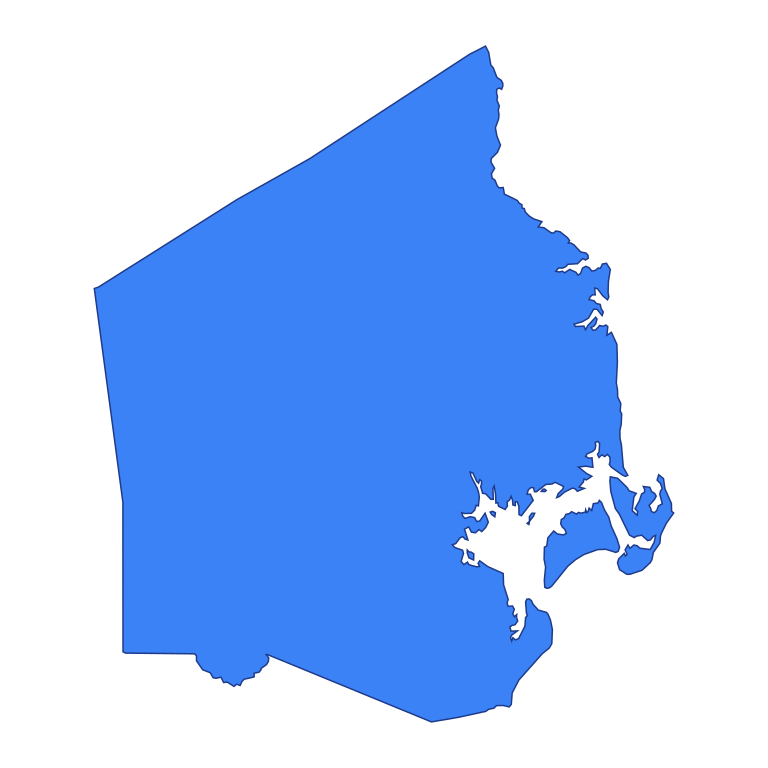 Lamu West, Coast, Kenya (Equal Earth projection)
{"feature_id": "3690345B28138832354018", "entity_name": "Lamu West", "entity_type": "district", "adm_level": 2, "iso_a3": "KEN", "parent_name": "Kenya", "parent_adm1": "Coast", "projection": "equal_earth", "projection_center": [40.664, -2.131], "detail": "fine", "context": "isolated", "style": "filled", "palette": "blue", "viewbox_px": 768, "rotation_deg": 0, "n_neighbors": 0, "source": "geoboundaries", "source_scale": "gbopen_adm2", "svg_char_len": 6123}
<svg xmlns="http://www.w3.org/2000/svg" viewBox="0 0 768 768"><path d="M485.9,711.3L488.6,709.3L493.9,708.2L496.6,705.6L503.5,705.5L509.2,706.9L511.3,704.4L512.2,692.9L518.9,680.0L542.3,653.7L549.2,648.1L551.8,643.7L552.4,629.5L550.4,619.9L548.0,614.2L546.4,612.3L538.3,610.1L533.1,604.3L531.4,600.6L529.2,598.9L526.8,599.2L525.6,601.8L526.4,612.8L527.3,615.7L525.6,617.5L524.9,626.2L518.6,638.6L515.4,639.9L512.9,637.7L511.7,641.0L510.5,637.7L511.6,635.2L517.4,630.9L511.0,631.1L509.9,627.0L512.2,625.3L515.0,624.8L517.7,621.0L516.5,617.2L516.7,614.6L514.4,616.8L512.8,613.7L514.3,609.2L512.5,606.0L508.1,606.3L507.1,602.9L508.2,599.5L503.6,584.8L503.2,573.5L487.8,566.6L479.7,560.8L478.1,563.3L479.6,566.4L476.9,566.8L471.5,565.5L468.7,564.4L467.5,562.1L463.9,564.6L461.1,561.4L463.5,553.5L462.6,550.2L454.8,547.5L452.3,544.7L455.7,543.6L460.2,537.7L462.9,536.7L465.1,539.1L467.9,540.0L464.5,529.1L468.7,526.9L471.4,532.1L475.4,532.8L479.0,529.6L481.7,531.6L485.7,527.5L488.3,522.2L485.1,513.2L479.7,521.0L476.6,521.5L474.7,517.6L470.2,516.7L465.1,518.4L462.9,516.4L461.8,512.7L464.4,513.5L471.5,513.3L474.6,510.2L476.2,505.3L478.4,505.9L479.3,497.1L478.6,492.5L477.2,488.1L470.9,475.9L470.2,472.0L473.0,473.2L476.8,481.5L478.6,483.2L479.7,479.7L481.4,480.7L481.6,483.7L480.7,486.6L482.6,493.3L485.7,493.8L490.8,499.3L493.3,499.3L492.9,488.7L494.2,486.0L495.6,494.7L495.9,503.1L497.8,502.7L498.6,506.3L505.1,509.5L507.4,506.1L507.1,501.9L509.5,500.1L511.1,496.3L512.5,500.1L512.9,505.0L515.3,505.6L515.3,501.7L517.3,501.8L518.9,506.4L519.0,514.6L521.4,515.7L533.2,500.4L530.3,494.2L527.0,494.2L528.3,489.9L530.9,487.6L533.5,487.6L534.5,491.7L536.5,491.7L545.9,484.4L552.1,484.0L555.1,482.3L563.5,486.4L562.8,489.1L558.2,493.6L556.7,497.6L559.4,496.5L564.5,492.1L572.4,488.1L575.1,488.8L577.3,491.3L584.3,488.4L579.1,487.0L583.3,482.1L584.0,479.0L586.4,479.9L591.8,476.3L586.3,473.3L578.4,467.0L585.8,466.2L592.9,467.3L592.0,457.8L588.8,458.2L585.5,456.3L587.3,453.8L592.7,451.4L595.1,449.0L595.8,445.4L595.2,442.3L597.9,441.4L599.6,443.7L599.1,452.0L597.5,454.3L599.0,457.5L601.7,454.8L604.7,456.6L607.4,454.4L609.9,457.1L610.1,461.3L609.3,464.5L611.5,467.3L622.3,475.0L625.4,476.4L627.8,475.3L623.3,467.3L621.4,444.9L620.0,438.3L619.9,430.6L621.2,424.3L621.7,414.0L620.2,410.8L620.8,403.5L617.7,397.0L617.5,389.8L616.3,382.9L617.4,362.2L616.9,344.4L611.4,332.3L606.9,335.3L607.8,326.6L605.9,325.0L603.2,326.3L599.7,325.5L595.6,330.0L592.9,330.2L591.0,327.5L593.9,326.1L595.8,323.7L597.0,319.0L595.7,317.2L587.8,325.6L585.5,329.8L583.9,326.1L575.4,326.5L574.0,324.2L582.2,321.8L588.5,318.1L593.6,309.2L597.0,309.2L602.1,315.6L603.3,312.0L601.2,308.7L600.2,304.4L596.3,303.5L594.1,300.8L589.0,299.6L590.3,296.7L592.7,294.7L595.2,294.9L594.7,288.0L597.5,288.8L602.7,295.7L607.5,299.8L608.8,297.0L608.1,292.3L608.4,281.6L610.3,269.5L606.5,263.3L602.4,264.0L600.4,268.3L598.1,268.0L595.2,270.5L591.8,271.0L589.1,267.7L585.9,266.3L582.6,268.0L580.5,273.5L577.9,275.1L576.0,272.3L569.7,269.4L564.6,272.8L562.4,271.2L559.1,272.0L555.8,271.3L558.5,268.0L562.6,268.1L565.8,266.6L567.9,264.3L577.5,263.7L582.7,258.6L585.5,260.0L588.2,258.3L588.0,255.3L586.1,253.1L580.6,251.9L574.0,244.9L570.9,243.0L568.3,243.1L569.6,240.6L567.5,237.7L560.1,231.8L555.9,231.0L553.4,233.1L551.0,232.7L543.9,227.7L538.2,227.0L541.9,221.7L533.7,218.9L529.4,216.2L525.3,212.1L524.3,208.6L522.1,208.1L521.9,204.7L519.2,203.2L517.4,200.5L504.4,194.1L503.2,187.5L499.2,187.9L497.4,186.1L495.0,180.2L492.2,178.2L491.4,173.9L494.6,168.3L491.0,162.2L491.3,158.5L497.4,152.4L500.5,145.2L496.9,136.1L495.4,127.8L498.6,118.9L499.0,114.8L498.3,110.2L499.3,106.0L496.9,100.0L497.5,96.9L496.5,92.9L496.8,89.3L499.2,88.0L501.6,89.3L502.8,86.3L502.8,83.4L501.3,80.4L496.9,77.4L493.3,67.9L490.8,65.0L488.7,52.4L485.5,46.1L469.5,54.3L309.6,158.7L237.1,199.5L98.4,287.1L94.3,288.5L122.9,502.4L123.0,651.8L125.6,653.1L194.7,653.8L196.5,655.9L196.5,660.8L202.7,669.8L210.2,672.7L213.1,677.7L215.9,678.3L221.0,677.2L223.6,682.5L227.3,682.1L234.0,686.4L236.7,684.2L240.1,685.5L242.0,681.4L244.2,679.2L253.6,677.1L254.2,676.7L254.1,673.2L259.0,672.2L261.1,669.6L261.0,668.5L266.6,664.5L268.4,661.4L268.7,657.8L266.2,654.6L267.3,654.5L431.4,721.9L458.5,717.3L485.9,711.3ZM604.5,509.9L601.5,502.4L599.3,500.4L598.1,502.9L593.3,503.7L591.7,510.5L589.1,508.1L588.2,511.4L586.7,512.7L585.7,509.7L585.2,512.2L580.9,513.2L578.4,512.4L576.6,514.1L571.6,511.7L569.1,513.7L566.0,514.3L564.0,518.0L561.3,519.5L560.7,523.7L562.2,526.9L564.8,529.4L566.4,533.2L563.5,534.9L557.4,534.0L553.7,531.0L547.9,537.8L546.7,546.1L544.4,547.2L544.1,559.3L545.6,567.0L544.3,580.3L544.8,587.4L547.0,588.3L549.5,587.8L551.9,585.9L567.9,566.1L575.5,559.7L583.7,554.6L597.6,549.6L605.9,549.3L615.7,552.4L618.1,551.5L619.6,547.4L616.9,538.6L611.1,525.8L608.8,517.2L604.5,509.9ZM671.6,511.3L671.4,503.4L664.9,488.8L663.5,478.6L658.7,474.7L657.1,480.1L660.4,483.4L662.2,488.5L660.5,491.0L659.8,494.2L662.3,503.8L658.4,505.9L656.8,510.5L654.4,512.7L651.4,511.6L650.7,508.3L649.0,505.6L654.4,499.6L656.2,496.1L654.5,493.2L651.6,491.6L649.8,487.3L643.3,486.5L644.7,489.5L644.4,492.5L641.7,493.8L639.3,500.9L635.0,508.7L637.7,511.6L637.2,515.2L632.2,510.6L633.9,496.9L636.3,493.4L629.2,490.8L626.9,487.3L617.7,478.3L610.3,476.8L609.9,481.0L610.8,491.5L615.4,508.6L619.3,514.1L629.5,535.1L634.2,537.6L636.3,536.2L641.7,535.2L647.7,540.6L650.5,539.9L653.2,536.4L655.6,535.4L654.1,542.5L650.2,549.5L639.9,548.2L637.1,545.7L633.9,545.0L629.9,548.3L628.0,545.0L625.1,549.9L627.1,554.3L625.3,556.0L624.2,553.4L618.7,558.9L617.5,562.9L619.6,569.7L626.9,574.3L629.9,574.3L642.1,570.2L650.1,562.8L651.9,559.8L653.4,552.4L659.9,543.1L660.5,535.9L661.6,532.9L666.5,523.0L673.7,513.0L671.6,511.3ZM473.6,560.0L473.8,553.9L471.2,552.1L469.0,551.9L467.3,550.0L467.2,552.7L468.9,557.8L473.6,560.0ZM529.5,521.3L533.4,516.3L534.7,513.3L531.9,513.2L529.4,516.6L529.5,521.3ZM495.4,512.7L492.5,511.3L490.2,512.1L491.7,514.5L494.8,516.8L495.4,512.7ZM544.9,491.6L546.2,490.5L544.6,489.1L542.7,489.3L541.3,491.4L544.9,491.6ZM529.5,521.3L527.1,523.4L528.9,524.5L529.5,521.3Z" fill="#3b82f6" stroke="#1e3a8a" stroke-width="1.5"/></svg>